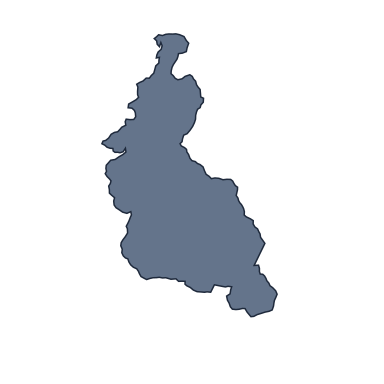 Mirim Doce, Santa Catarina, Brazil (Robinson projection), rotated 50°
{"feature_id": "56859067B1000526866596", "entity_name": "Mirim Doce", "entity_type": "district", "adm_level": 2, "iso_a3": "BRA", "parent_name": "Brazil", "parent_adm1": "Santa Catarina", "projection": "robinson", "projection_center": [-50.194, -27.174], "detail": "fine", "context": "isolated", "style": "filled", "palette": "slate", "viewbox_px": 384, "rotation_deg": 50, "n_neighbors": 0, "source": "geoboundaries", "source_scale": "gbopen_adm2", "svg_char_len": 3342}
<svg xmlns="http://www.w3.org/2000/svg" viewBox="0 0 384 384"><g transform="rotate(50 192 192)"><path d="M75.9,98.9L72.4,99.0L67.8,98.2L63.5,100.4L60.5,102.7L58.6,105.3L56.1,108.1L54.3,110.8L53.2,114.0L50.1,116.5L50.3,119.4L50.2,122.3L53.4,121.9L56.5,123.7L59.8,123.5L57.5,119.8L60.8,120.9L62.9,124.0L63.0,127.9L64.4,130.8L66.4,133.2L67.9,130.4L69.8,132.6L71.9,134.5L72.1,138.7L74.5,142.1L76.4,144.9L76.6,148.4L77.4,151.5L75.3,153.9L75.5,158.2L74.4,161.8L73.9,165.1L76.8,166.0L80.0,169.1L82.6,171.2L85.1,172.0L85.4,175.3L84.8,179.1L83.9,184.0L86.4,186.8L89.2,184.1L92.5,183.7L94.9,184.5L98.2,186.8L99.0,190.0L96.8,192.9L93.9,195.6L95.2,198.0L98.3,199.8L97.2,204.2L97.7,206.8L98.1,210.2L96.5,213.1L95.8,216.8L97.1,221.2L97.0,225.0L95.8,227.4L97.1,230.0L100.1,228.7L103.1,228.3L105.9,226.6L107.8,224.6L109.9,226.0L112.1,225.5L113.7,223.5L115.7,221.9L116.9,218.9L115.7,214.9L118.9,216.9L118.9,220.9L118.1,225.3L117.7,229.9L115.4,233.9L116.0,237.7L116.4,240.5L118.6,242.8L121.2,244.2L122.2,246.7L125.6,247.1L129.0,246.8L131.4,246.9L133.0,249.1L133.9,252.0L137.1,253.8L139.8,256.0L143.1,255.6L146.6,255.0L148.6,257.8L151.9,260.0L155.2,260.3L159.1,259.1L162.8,258.1L166.5,255.6L167.7,251.5L170.6,253.1L171.8,255.6L173.5,258.6L174.8,261.4L176.0,264.4L178.6,265.1L182.0,267.7L183.4,272.0L184.2,275.6L185.3,278.8L187.4,281.1L191.0,282.2L193.4,284.8L196.8,285.7L199.7,285.4L202.0,284.1L205.0,285.3L208.4,285.8L211.9,285.3L215.3,283.7L218.3,284.0L220.8,284.8L224.0,285.4L227.6,284.0L229.9,283.0L231.1,279.9L232.6,277.0L234.8,274.2L236.3,271.9L238.9,269.8L240.8,267.2L245.3,264.2L248.2,260.1L251.8,259.7L253.9,257.0L256.0,254.7L258.1,256.6L260.4,256.3L264.0,254.7L268.0,254.0L271.6,252.2L274.5,249.2L276.8,246.9L278.2,244.6L280.8,242.1L277.5,234.5L281.0,231.7L284.1,229.2L286.2,227.4L287.4,225.0L290.1,222.5L291.7,225.1L294.5,228.3L294.0,232.4L297.7,234.4L301.0,235.0L304.6,236.4L307.7,236.4L310.3,233.9L312.1,231.3L313.6,228.3L315.4,226.3L319.5,227.0L325.4,227.0L327.0,224.6L327.8,220.9L329.5,216.9L331.0,213.2L332.9,209.7L333.9,206.4L331.8,202.9L329.6,200.5L328.0,198.5L326.8,195.9L325.0,192.5L321.4,191.4L317.2,191.7L313.9,192.5L311.2,191.7L308.0,191.7L305.8,190.9L303.0,190.4L300.5,190.7L298.7,192.5L296.3,191.5L293.8,189.4L290.8,188.1L288.2,191.6L278.2,169.2L274.7,168.9L270.8,168.6L267.8,166.8L265.6,166.4L262.4,165.5L259.1,166.3L255.8,165.7L253.3,163.5L250.1,164.5L245.9,166.4L243.2,166.8L240.7,164.5L238.0,163.2L235.7,162.6L233.3,162.2L230.9,162.3L228.4,161.8L226.2,160.7L223.1,160.4L221.1,157.8L219.6,155.8L217.6,154.0L215.0,154.7L212.4,154.4L209.8,153.8L207.2,154.3L204.7,157.1L202.5,160.4L198.8,162.6L196.0,165.4L194.2,168.6L191.0,168.8L187.5,169.8L183.8,168.8L179.9,167.4L176.1,168.2L173.7,169.5L170.8,169.9L168.0,171.9L164.9,171.9L161.0,170.5L158.0,170.2L155.8,168.8L153.2,169.2L149.8,170.6L147.3,170.1L147.1,167.3L145.2,165.1L143.1,161.8L144.2,158.3L143.4,153.7L142.2,149.4L140.4,145.5L138.5,142.5L135.6,139.9L133.5,137.0L132.2,134.5L132.6,131.5L131.0,129.2L130.5,125.7L127.6,122.9L124.8,124.2L122.0,122.2L118.7,119.9L115.3,119.9L112.8,119.6L109.4,118.0L106.5,118.2L103.6,117.5L100.8,118.3L99.0,122.9L98.9,126.9L96.9,130.7L94.1,131.8L90.8,131.6L87.9,132.0L85.9,130.1L83.7,127.2L82.4,124.3L81.5,121.2L80.6,118.1L79.1,115.6L77.3,113.4L79.4,110.2L80.8,106.1L78.4,103.1L75.9,98.9Z" fill="#64748b" stroke="#1e293b" stroke-width="1.5"/></g></svg>